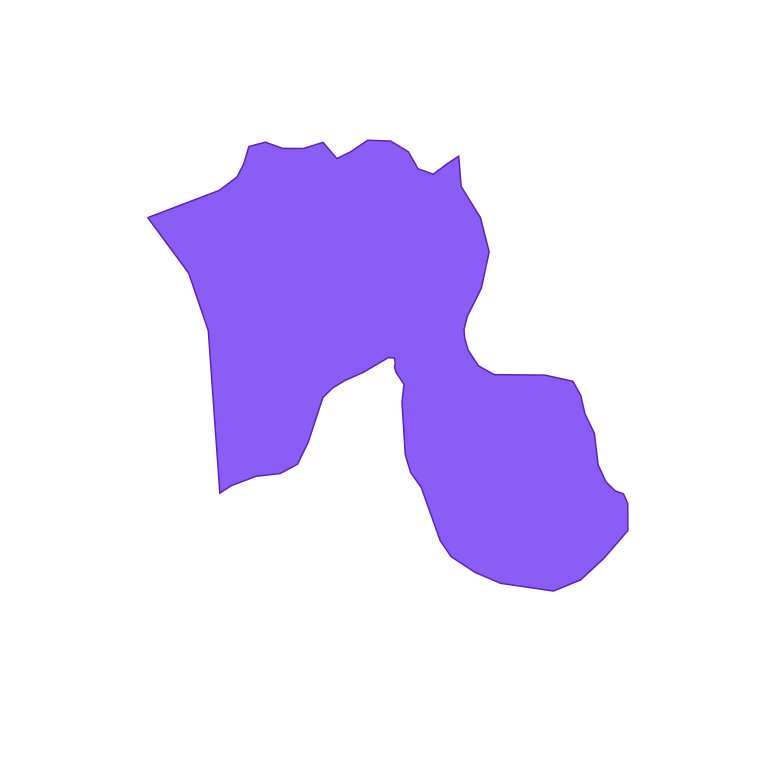 the Province of Tehran, rotated 53°
{"feature_id": "IRN-3216", "entity_name": "Tehran", "entity_type": "Province", "adm_level": 1, "iso_a3": "IRN", "parent_name": "Iran", "parent_adm1": "", "projection": "equal_earth", "projection_center": [51.864, 35.496], "detail": "fine", "context": "isolated", "style": "filled", "palette": "violet", "viewbox_px": 768, "rotation_deg": 53, "n_neighbors": 0, "source": "natural_earth", "source_scale": "10m", "svg_char_len": 1010}
<svg xmlns="http://www.w3.org/2000/svg" viewBox="0 0 768 768"><g transform="rotate(53 384 384)"><path d="M109.2,471.7L130.2,399.0L130.2,376.9L124.1,364.0L113.0,349.0L119.4,333.3L134.9,323.1L147.5,306.5L154.3,287.3L175.6,286.0L178.5,270.7L179.5,250.3L194.1,232.4L213.3,224.8L232.6,227.3L246.1,218.4L246.2,200.6L247.0,187.2L272.7,203.5L309.3,206.9L341.8,220.5L366.2,248.8L380.1,276.7L388.6,287.3L395.8,291.9L407.5,296.4L426.4,297.6L442.8,290.4L473.8,250.1L495.6,231.5L511.5,233.7L528.5,241.4L550.0,245.7L577.4,261.6L595.6,265.6L608.2,263.8L615.9,258.8L626.3,261.4L647.8,277.4L655.5,312.9L658.8,344.8L651.3,373.3L613.4,410.8L589.6,424.5L562.4,434.3L543.0,433.4L489.0,416.5L470.7,416.0L453.2,409.5L409.5,380.7L396.3,368.2L382.0,367.4L376.8,365.4L373.9,362.3L369.5,360.1L365.5,364.7L362.2,393.8L357.7,412.9L356.2,427.4L358.0,440.9L385.1,479.9L396.0,501.3L393.0,520.9L380.7,541.6L373.3,567.1L372.4,580.8L235.6,492.2L178.1,473.3L109.2,472.5L109.2,471.7Z" fill="#8b5cf6" stroke="#5b21b6" stroke-width="1.5"/></g></svg>